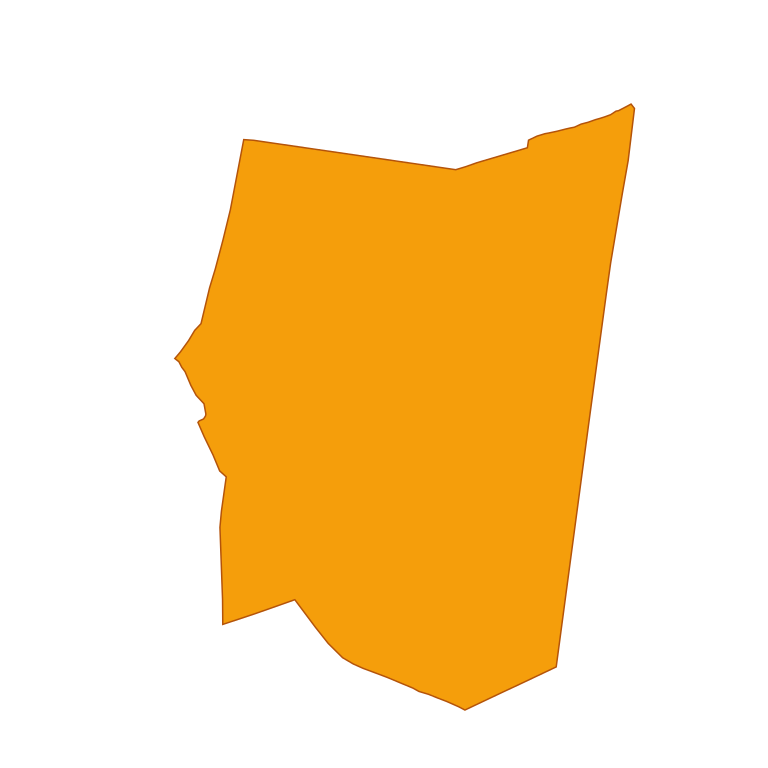 Bilma, Agadez, Niger (Robinson projection), rotated 188°
{"feature_id": "23599985B30294266740058", "entity_name": "Bilma", "entity_type": "district", "adm_level": 2, "iso_a3": "NER", "parent_name": "Niger", "parent_adm1": "Agadez", "projection": "robinson", "projection_center": [13.432, 20.296], "detail": "fine", "context": "isolated", "style": "filled", "palette": "amber", "viewbox_px": 768, "rotation_deg": 188, "n_neighbors": 0, "source": "geoboundaries", "source_scale": "gbopen_adm2", "svg_char_len": 1142}
<svg xmlns="http://www.w3.org/2000/svg" viewBox="0 0 768 768"><g transform="rotate(188 384 384)"><path d="M174.5,605.6L173.3,639.2L174.3,691.7L178.3,695.6L181.4,693.3L189.8,687.3L192.2,686.5L197.1,682.2L202.7,679.2L207.3,677.0L211.4,675.2L218.3,671.6L225.0,668.8L231.2,664.8L235.3,663.4L239.5,661.8L247.8,658.4L256.0,655.4L259.4,654.3L266.9,650.8L274.8,645.6L274.9,637.9L322.7,616.1L333.7,610.4L342.8,606.2L530.3,607.1L546.8,607.2L556.9,606.5L560.4,535.1L563.5,504.1L567.1,474.2L570.1,455.0L573.6,418.3L578.9,410.8L583.6,399.7L590.1,387.4L594.7,380.1L590.2,377.5L586.6,372.4L582.7,368.5L575.1,355.8L568.4,346.6L559.5,339.4L556.2,329.4L556.3,327.5L557.8,324.3L561.9,321.7L562.9,320.1L554.8,306.9L543.4,289.9L534.6,275.0L527.3,270.1L527.3,235.6L526.5,219.2L521.1,188.8L513.9,148.2L510.2,123.5L479.5,138.7L442.3,158.0L417.9,133.4L403.1,119.3L386.9,107.2L375.5,102.5L365.1,99.5L351.5,96.5L339.9,93.9L324.7,89.9L313.1,86.9L306.6,84.4L296.7,82.9L287.1,80.5L277.9,78.4L265.2,74.8L258.5,72.4L249.7,78.2L223.7,95.3L207.4,105.9L174.1,127.8L175.8,379.7L176.4,505.2L176.4,535.5L174.5,605.6Z" fill="#f59e0b" stroke="#b45309" stroke-width="1.5"/></g></svg>